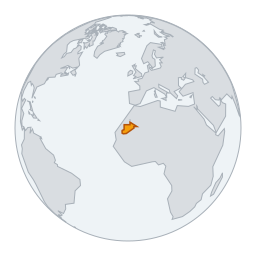 Tiris Zemmour on an orthographic globe
{"feature_id": "MRT-2783", "entity_name": "Tiris Zemmour", "entity_type": "Region", "adm_level": 1, "iso_a3": "MRT", "parent_name": "Mauritania", "parent_adm1": "", "projection": "orthographic", "projection_center": [-9.84, 24.319], "detail": "fine", "context": "on_globe", "style": "filled", "palette": "amber", "viewbox_px": 256, "rotation_deg": 0, "n_neighbors": 0, "source": "natural_earth", "source_scale": "10m", "svg_char_len": 10004}
<svg xmlns="http://www.w3.org/2000/svg" viewBox="0 0 256 256"><circle cx="128" cy="128" r="113" fill="#eef3f6" stroke="#a8b0b8"/><path d="M52.7,44.2L59.9,38.5L57.3,40.6L60.0,38.6L63.4,36.0L64.9,34.8L78.8,27.1L90.8,21.7L91.9,21.3L92.9,21.0L93.8,20.7L94.0,20.6L104.9,17.8L103.8,18.0L104.7,17.9L107.6,17.2L110.8,16.7L106.5,17.6L111.7,16.9L108.3,18.3L95.5,22.3L94.9,23.9L85.2,30.4L87.4,30.0L85.2,32.6L86.9,33.1L84.6,34.5L88.0,33.7L89.7,32.4L91.8,31.7L92.9,32.0L90.2,33.7L89.2,33.8L89.1,34.5L87.2,35.3L88.8,35.0L85.4,37.3L90.5,35.6L89.2,37.8L86.4,39.1L84.5,38.3L73.5,40.5L70.1,42.2L67.3,45.1L66.6,51.8L63.8,54.2L61.7,57.9L64.2,56.7L66.8,53.4L71.0,52.5L73.7,48.9L75.7,48.2L79.4,45.1L81.2,46.4L80.9,49.5L78.0,52.2L77.8,53.8L82.5,52.1L78.8,58.4L79.6,65.0L78.4,66.8L72.7,68.1L67.9,65.5L60.4,68.4L67.6,67.5L64.5,72.4L64.9,73.8L66.5,74.3L68.6,73.0L68.0,75.0L60.7,76.3L61.1,74.5L63.4,74.0L61.1,72.9L56.2,74.4L55.0,77.1L48.8,77.4L47.9,79.5L46.0,80.9L47.9,77.5L44.4,83.7L36.9,87.0L31.9,98.3L34.2,87.9L33.5,85.4L32.2,83.6L31.3,85.3L30.7,81.3L28.1,82.6L24.0,90.3L21.6,97.9L22.6,101.2L24.3,98.4L25.8,99.9L21.6,108.3L23.8,113.6L21.8,120.8L22.0,125.8L23.8,126.7L25.5,130.5L27.8,127.5L31.0,127.2L29.9,133.4L32.5,129.0L33.7,133.1L40.7,136.9L39.9,138.1L45.7,148.6L53.6,155.1L55.4,160.3L54.3,162.7L57.4,164.6L57.5,166.4L71.5,173.2L79.9,179.5L80.5,185.5L75.1,190.8L74.0,203.2L65.4,204.4L65.7,208.9L63.5,213.5L57.9,210.7L62.2,215.0L61.3,215.8L58.4,214.4L60.2,216.5L58.2,215.3L61.2,217.7L61.5,218.8L65.6,221.7L66.2,222.2L55.3,214.0L53.9,212.8L47.5,206.3L44.4,201.7L35.9,184.3L33.4,179.7L28.3,172.1L21.8,153.7L22.3,148.7L21.5,144.9L24.3,139.0L24.4,130.1L23.6,127.9L22.3,130.0L20.4,121.5L20.9,114.0L21.3,93.0L22.6,88.7L24.7,83.7L35.5,63.7L25.9,80.5L27.7,76.8L31.7,69.6L36.3,62.7L41.3,56.1L46.8,49.9L52.7,44.2ZM30.2,101.8L32.8,111.3L29.8,109.5L30.7,109.0L30.3,105.8L29.2,101.8L27.0,100.8L30.2,101.8ZM34.6,97.6L34.0,96.5L34.8,97.2L34.6,97.6ZM65.4,34.5L63.3,36.1L59.7,38.8L61.2,37.4L65.4,34.5ZM72.5,30.1L72.0,30.5L69.0,32.1L70.2,31.4L72.5,30.1ZM78.2,44.6L78.7,44.8L77.8,45.3L78.2,44.6ZM79.2,43.1L77.6,43.5L77.9,42.8L78.8,42.6L79.2,43.1ZM81.1,42.9L78.5,41.7L79.0,40.6L83.1,39.0L81.1,42.9ZM114.7,16.2L119.2,15.7L119.6,15.7L120.0,15.6L121.1,15.8L115.9,16.0L112.4,16.5L114.1,16.2L113.7,16.3L114.7,16.2ZM89.8,31.9L87.9,33.3L88.4,31.9L89.8,31.9ZM89.5,31.2L87.9,28.5L91.2,26.8L91.1,27.9L94.4,25.7L96.8,26.2L95.5,27.5L92.9,28.5L95.8,27.9L89.5,31.2ZM120.9,16.1L121.8,16.2L120.3,16.2L120.9,16.1ZM92.6,31.4L92.0,30.9L94.8,29.3L96.5,30.0L95.1,30.3L92.6,31.4ZM94.1,25.0L96.5,24.1L99.1,24.2L100.4,23.9L97.2,26.0L94.1,25.0ZM95.0,30.8L97.3,30.4L97.1,31.5L93.4,31.8L95.0,30.8ZM94.8,28.6L96.2,28.0L96.0,28.5L94.8,28.6ZM97.5,35.4L96.7,34.6L98.1,33.7L97.5,35.4ZM98.2,30.3L98.3,29.9L98.7,29.5L100.2,29.6L98.2,30.3ZM99.2,26.0L99.8,26.3L100.7,25.1L102.6,25.3L100.1,26.8L102.0,26.2L102.6,26.3L99.9,27.4L99.2,26.0ZM103.0,28.5L100.5,30.7L101.7,32.2L100.5,33.0L98.8,30.5L103.0,28.5ZM101.4,27.7L102.1,28.3L100.3,28.9L98.7,28.9L101.4,27.7ZM104.9,24.9L102.5,24.3L103.1,24.0L104.9,24.9ZM103.7,28.8L104.3,28.2L104.0,28.8L103.7,28.8ZM104.9,25.9L104.0,25.7L104.7,25.4L104.9,25.9ZM106.3,27.5L105.4,28.1L104.3,28.1L106.3,27.5ZM105.9,26.7L107.2,26.3L104.4,27.7L105.4,26.6L105.9,26.7ZM105.8,25.7L105.9,25.4L106.1,25.8L105.8,25.7ZM111.0,27.5L107.8,29.2L105.3,29.0L108.8,27.3L111.0,27.5ZM73.7,226.6L74.9,227.1L76.0,227.7L75.5,227.5L73.7,226.6ZM230.1,80.4L232.1,85.3L236.3,99.8L238.8,109.8L239.4,115.9L235.6,104.9L232.0,96.3L231.7,98.7L226.8,93.9L221.6,99.6L219.8,97.7L219.0,100.1L215.4,99.7L212.3,96.5L210.6,98.1L218.5,106.3L220.3,104.7L220.3,99.1L222.3,102.6L225.7,104.0L225.6,116.2L216.2,132.6L213.5,125.4L197.6,108.9L197.2,106.4L197.0,106.1L196.7,105.7L197.0,110.0L193.7,106.7L204.0,119.0L206.5,125.0L216.0,133.1L215.6,134.7L218.1,135.9L224.3,128.6L224.7,131.2L222.8,145.2L212.8,166.7L213.2,176.3L210.8,185.2L202.5,193.8L201.1,199.7L196.4,203.4L194.7,206.9L189.8,211.5L182.4,216.6L172.1,219.4L173.1,216.7L170.5,212.2L167.5,198.8L171.9,191.0L171.7,185.5L164.0,173.9L165.8,166.1L163.3,163.3L158.5,164.9L155.4,161.5L152.3,161.8L131.7,166.4L124.4,161.8L113.2,146.3L116.2,139.9L115.0,132.4L134.2,105.6L140.3,106.5L157.7,100.5L160.2,101.0L160.3,107.1L175.1,111.3L177.3,105.6L188.5,106.4L194.6,104.0L193.0,92.6L183.0,96.2L179.1,91.7L185.4,84.3L193.9,81.6L192.7,79.8L185.5,77.6L185.7,73.3L182.9,76.6L185.3,77.9L183.7,80.2L181.3,79.1L181.4,77.5L178.4,77.7L178.5,85.6L181.0,87.9L174.1,91.5L177.7,95.8L176.5,98.6L170.0,92.6L169.2,89.9L158.7,84.3L158.9,87.4L168.8,93.0L166.5,93.0L166.8,97.7L164.8,94.1L153.9,87.6L146.4,90.9L140.1,103.6L135.1,105.2L129.5,103.5L128.6,91.9L139.9,89.7L139.8,86.0L134.8,81.4L138.6,81.3L138.0,79.3L142.0,78.4L145.0,72.9L148.6,71.7L147.3,65.7L149.0,64.4L149.3,68.2L151.5,70.4L160.3,68.0L161.2,66.4L159.6,62.8L162.2,62.8L159.6,59.7L163.4,57.1L156.5,57.9L154.5,54.3L155.4,50.8L153.4,49.9L152.0,55.6L152.5,57.8L154.9,59.3L155.3,66.1L152.8,67.9L147.8,61.7L143.7,63.7L141.5,58.5L146.9,45.7L150.4,42.6L161.5,44.4L162.2,46.8L158.5,47.2L164.2,49.8L162.6,48.2L164.8,48.3L163.4,45.3L164.9,45.3L161.0,42.6L162.6,42.3L165.1,44.0L164.4,39.7L167.1,38.6L166.3,37.7L164.6,37.0L169.2,36.3L168.3,35.6L166.5,35.6L163.6,34.4L160.3,32.2L162.1,32.1L163.5,32.8L169.2,34.5L172.7,36.9L173.1,36.6L170.5,34.6L163.6,32.5L161.1,31.2L164.3,31.9L162.9,31.5L162.3,30.9L163.3,30.2L159.7,29.4L149.9,23.7L150.8,22.1L154.8,23.1L149.8,20.0L151.3,19.2L149.6,19.1L146.0,17.9L145.5,18.1L144.5,18.0L135.1,16.1L134.3,15.8L128.4,15.5L127.5,15.6L127.8,15.7L121.1,15.8L120.0,15.6L128.0,15.4L135.9,15.6L143.9,16.5L151.7,17.9L159.5,19.8L167.1,22.4L174.5,25.4L181.6,28.9L188.5,33.0L195.1,37.5L201.3,42.5L207.2,47.9L212.7,53.7L217.7,59.9L222.3,66.4L226.4,73.3L230.1,80.4ZM130.0,119.1L130.0,121.4L130.0,119.1ZM204.5,84.3L208.5,82.3L203.7,76.9L204.8,75.8L202.8,74.5L203.4,76.5L198.0,72.8L198.6,70.0L196.6,67.6L195.1,68.2L194.9,74.1L202.6,79.2L203.0,82.4L204.5,84.3ZM41.0,137.0L41.7,138.7L40.5,138.1L41.0,137.0ZM28.7,111.7L29.6,112.8L29.8,114.2L29.0,113.8L28.7,111.7ZM38.2,119.2L39.6,120.7L37.8,120.2L38.2,119.2ZM33.3,112.6L37.0,118.2L33.6,118.0L31.4,114.6L33.3,115.4L33.3,112.6ZM32.6,100.7L33.0,101.7L32.4,102.7L32.6,100.7ZM35.2,98.2L34.9,98.0L35.0,96.8L35.2,98.2ZM64.9,72.3L65.5,72.3L66.7,73.2L65.4,73.6L64.9,72.3ZM76.2,73.2L75.0,76.6L75.0,74.3L73.0,75.3L70.5,72.0L77.7,67.5L74.9,70.0L76.2,73.2ZM69.1,66.8L69.9,69.1L68.8,66.8L69.1,66.8ZM130.5,70.3L132.8,71.2L132.5,73.6L127.8,76.0L128.2,72.4L130.5,70.3ZM136.0,72.1L132.2,65.8L135.0,64.3L134.1,66.1L136.3,65.8L135.4,68.7L141.6,73.8L141.8,76.4L133.1,78.8L135.9,76.5L133.5,75.6L136.0,72.1ZM117.9,55.0L116.4,53.1L124.3,52.4L124.9,54.3L120.3,56.6L116.9,55.6L117.9,55.0ZM88.7,40.6L87.6,40.5L88.4,39.9L89.9,39.6L88.7,40.6ZM97.0,35.1L94.4,41.0L93.0,41.0L93.1,44.8L89.4,46.5L89.5,43.9L86.8,48.2L85.3,46.5L83.9,49.5L84.3,43.6L82.9,42.5L85.9,43.0L89.3,41.5L90.4,40.5L92.3,37.1L90.9,34.3L94.1,32.6L96.7,32.2L97.5,32.6L95.2,33.5L97.9,33.4L95.2,35.0L97.0,35.1ZM125.3,31.9L122.3,32.1L127.3,33.6L124.6,34.6L125.3,34.8L124.2,36.2L124.2,38.3L122.7,38.6L123.3,39.3L122.6,40.5L123.0,41.6L120.3,42.6L120.6,44.1L119.2,43.8L120.3,46.2L118.3,44.9L117.2,46.5L119.7,46.9L104.6,51.3L99.9,54.7L97.0,58.3L93.9,56.0L94.7,51.4L97.6,46.3L102.6,43.6L100.3,43.2L102.1,41.9L103.1,42.7L102.5,40.7L104.2,39.9L106.8,36.3L104.8,34.2L105.7,32.9L107.4,33.4L107.1,31.9L110.8,31.9L111.6,31.1L116.0,30.4L118.7,32.0L119.3,31.0L122.7,30.6L125.3,31.9ZM112.3,27.3L116.2,28.6L116.6,29.9L108.8,30.5L107.6,31.2L102.6,32.0L102.1,30.2L103.6,30.1L104.9,29.6L104.5,30.3L105.8,29.4L107.9,29.3L109.4,28.6L110.3,29.1L112.3,27.3ZM161.8,98.4L163.5,98.2L165.9,97.4L166.1,100.5L161.8,98.4ZM154.3,94.0L155.7,93.4L157.2,97.1L155.4,97.3L154.3,94.0ZM155.1,90.0L155.6,93.0L154.3,91.6L155.1,90.0ZM150.4,67.5L151.7,66.7L152.4,67.5L152.2,68.9L150.4,67.5ZM139.7,37.5L137.9,37.1L137.9,36.7L135.0,34.8L136.8,34.0L139.2,34.8L139.7,37.5ZM192.0,95.1L191.0,97.8L189.8,97.1L190.4,96.3L192.0,95.1ZM178.5,99.5L182.2,99.9L178.6,100.3L178.5,99.5ZM141.1,36.3L139.7,35.6L141.4,35.7L141.1,36.3ZM137.9,33.4L139.8,33.3L136.7,33.8L137.9,33.4ZM222.4,177.1L213.6,194.2L210.5,196.1L211.5,192.4L215.8,182.7L220.0,178.0L222.5,172.8L222.4,177.1ZM239.0,110.5L239.9,115.2L240.0,117.2L239.0,110.5ZM154.2,30.6L156.3,33.8L159.0,36.1L162.3,37.0L158.5,37.2L154.4,33.8L154.2,30.6ZM150.2,24.4L147.3,23.9L147.9,23.5L148.7,23.5L150.2,24.4ZM148.9,24.6L146.5,25.3L144.5,24.6L146.8,24.2L148.9,24.6ZM144.0,30.3L144.5,31.2L143.0,31.1L144.0,30.3ZM122.6,16.0L121.9,16.2L121.7,16.0L122.6,16.0ZM144.3,18.2L142.7,18.0L142.5,17.7L144.3,18.2ZM138.5,17.5L139.7,17.9L137.6,17.6L138.5,17.5ZM142.8,18.9L139.9,18.1L143.7,18.9L142.8,18.9Z" fill="#d9dde1" stroke="#a8b0b8" stroke-width="1"/><path d="M130.0,122.2L130.4,122.4L130.7,122.6L131.1,122.8L131.4,123.1L131.8,123.3L132.1,123.5L132.5,123.7L132.8,124.0L133.2,124.2L133.5,124.4L133.9,124.6L134.2,124.8L134.5,125.0L134.8,125.2L135.1,125.4L135.4,125.5L135.5,125.6L136.0,125.9L136.3,126.1L136.6,126.3L136.9,126.5L136.5,126.5L136.1,126.5L135.8,126.5L135.4,126.6L135.0,126.6L134.6,126.6L134.2,126.6L133.8,126.6L133.8,126.8L133.8,127.1L133.9,127.4L133.9,127.5L134.0,127.9L134.0,128.0L126.3,133.5L123.4,133.8L122.2,133.3L122.1,132.5L122.1,132.0L122.1,131.5L122.1,131.4L122.0,131.1L122.0,130.9L122.2,130.5L122.3,130.5L122.4,130.4L122.7,130.2L122.9,130.1L123.0,130.0L123.4,129.9L123.5,129.9L123.9,129.7L124.0,129.7L124.1,129.4L124.1,129.1L124.1,128.8L124.1,128.7L124.1,128.4L124.1,128.2L124.1,127.9L124.1,127.6L124.1,127.3L124.1,127.2L124.1,126.9L124.1,126.6L124.1,126.3L124.1,126.2L124.1,125.9L124.1,125.7L124.1,125.4L124.1,125.1L124.2,124.8L124.2,124.7L124.3,124.7L124.5,124.7L124.9,124.7L125.0,124.7L125.4,124.7L125.6,124.7L125.8,124.7L126.1,124.7L126.3,124.7L126.5,124.7L126.8,124.7L127.0,124.7L127.4,124.7L127.5,124.7L127.9,124.7L128.1,124.7L128.4,124.7L128.6,124.7L128.8,124.7L129.0,124.7L129.3,124.7L129.5,124.7L129.9,124.7L130.0,124.7L130.0,124.3L130.0,124.2L130.0,123.8L130.0,123.6L130.0,123.4L130.0,123.1L130.0,122.9L130.0,122.7L130.0,122.4L130.0,122.2L130.0,122.2Z" fill="#f59e0b" stroke="#b45309" stroke-width="1.5"/></svg>